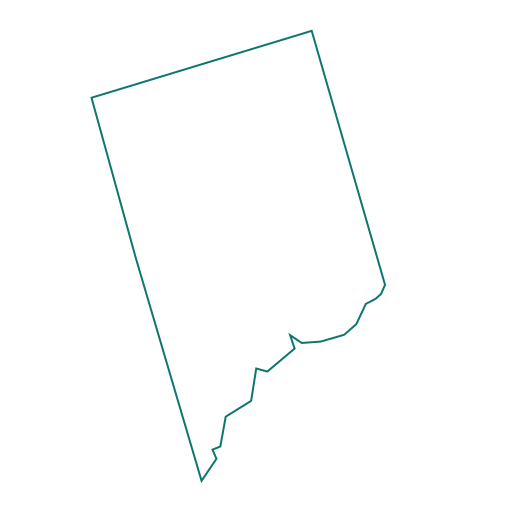 Benton, Minnesota, United States of America (Equal Earth projection), rotated 254°
{"feature_id": "52423323B9993996344570", "entity_name": "Benton", "entity_type": "district", "adm_level": 2, "iso_a3": "USA", "parent_name": "United States of America", "parent_adm1": "Minnesota", "projection": "equal_earth", "projection_center": [-94.148, 45.692], "detail": "fine", "context": "isolated", "style": "outline", "palette": "teal", "viewbox_px": 512, "rotation_deg": 254, "n_neighbors": 0, "source": "geoboundaries", "source_scale": "gbopen_adm2", "svg_char_len": 438}
<svg xmlns="http://www.w3.org/2000/svg" viewBox="0 0 512 512"><g transform="rotate(254 256 256)"><path d="M453.5,141.5L286.8,139.9L54.9,141.7L72.0,162.1L81.9,160.8L82.7,169.2L109.9,182.6L118.1,211.4L147.8,225.2L141.8,235.1L156.4,267.6L170.5,267.0L159.8,276.0L155.9,294.6L156.0,319.0L162.8,333.6L179.7,348.4L181.9,359.2L185.0,365.7L192.7,372.1L289.3,371.9L457.1,371.6L453.5,141.5Z" fill="none" stroke="#0f766e" stroke-width="2"/></g></svg>